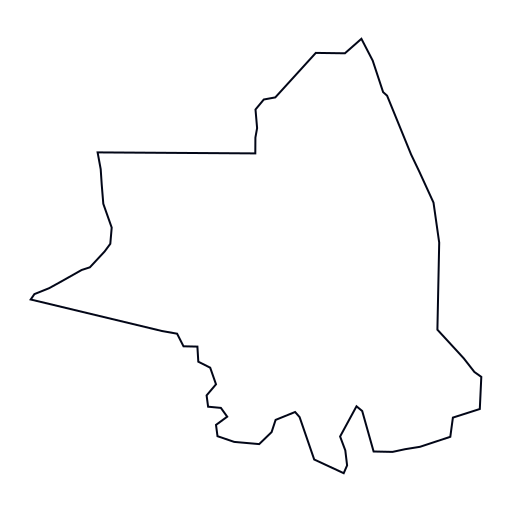 the district of Abala, Tillabéri, Niger
{"feature_id": "23599985B96366222257755", "entity_name": "Abala", "entity_type": "district", "adm_level": 2, "iso_a3": "NER", "parent_name": "Niger", "parent_adm1": "Tillabéri", "projection": "mercator", "projection_center": [3.603, 15.017], "detail": "fine", "context": "isolated", "style": "outline", "palette": "ink", "viewbox_px": 512, "rotation_deg": 0, "n_neighbors": 0, "source": "geoboundaries", "source_scale": "gbopen_adm2", "svg_char_len": 939}
<svg xmlns="http://www.w3.org/2000/svg" viewBox="0 0 512 512"><path d="M30.7,299.5L161.9,331.0L177.1,333.7L183.5,346.3L197.4,346.6L198.3,361.7L210.2,367.7L216.0,384.3L206.6,395.4L208.1,406.7L220.9,407.9L227.2,416.7L216.0,424.9L217.5,436.2L234.2,441.9L259.2,444.1L271.6,432.1L275.6,419.9L295.1,412.0L299.6,417.1L314.2,459.5L343.7,473.2L347.1,465.4L345.3,450.4L340.1,436.5L356.5,406.3L362.2,411.0L373.6,451.5L392.5,451.9L405.1,449.2L420.0,446.8L450.3,436.8L452.9,417.6L479.8,409.0L481.3,376.9L474.4,372.0L463.8,358.4L461.7,356.1L452.5,346.1L437.4,329.7L439.2,242.6L433.5,202.6L419.2,171.4L411.1,154.5L387.1,95.7L383.1,92.1L372.7,60.6L361.4,38.8L344.9,53.3L315.8,52.9L275.3,97.4L263.8,99.5L255.5,109.5L257.1,128.1L255.4,137.6L255.3,153.4L97.6,152.4L100.7,169.2L101.7,184.3L103.3,203.8L111.7,227.6L110.3,243.8L104.6,251.5L89.9,267.3L81.6,270.0L62.3,280.9L49.1,288.2L34.4,294.1L30.7,299.5Z" fill="none" stroke="#020617" stroke-width="2"/></svg>